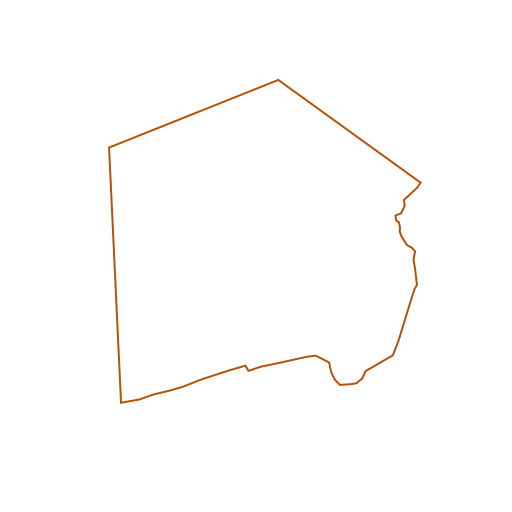 outline of Ngerang, Palau, rotated 68°
{"feature_id": "81905179B33808746946065", "entity_name": "Ngerang", "entity_type": "district", "adm_level": 2, "iso_a3": "PLW", "parent_name": "Palau", "parent_adm1": "", "projection": "albers", "projection_center": [134.637, 7.497], "detail": "fine", "context": "isolated", "style": "outline", "palette": "amber", "viewbox_px": 512, "rotation_deg": 68, "n_neighbors": 0, "source": "geoboundaries", "source_scale": "gbopen_adm2", "svg_char_len": 749}
<svg xmlns="http://www.w3.org/2000/svg" viewBox="0 0 512 512"><g transform="rotate(68 256 256)"><path d="M341.5,436.1L345.4,417.6L346.0,402.6L348.4,387.1L349.8,373.3L350.0,352.5L352.0,324.1L353.7,306.9L359.7,306.0L360.4,293.5L364.4,271.2L366.7,257.0L368.8,245.3L370.8,237.9L382.1,228.1L388.6,229.3L393.5,229.8L400.6,229.1L406.9,226.5L410.1,217.0L411.6,210.6L409.4,203.4L403.7,197.4L402.6,188.9L400.9,177.5L399.4,166.4L388.4,156.0L357.4,130.8L346.0,121.4L343.2,117.6L327.7,113.4L318.1,111.2L311.3,106.7L306.8,108.3L302.4,112.0L291.9,113.8L287.0,113.5L283.4,111.8L278.4,110.9L275.6,112.7L270.7,111.5L270.8,105.6L265.2,99.3L259.5,97.9L253.1,81.1L249.7,75.9L101.1,169.4L100.4,351.6L341.5,436.1Z" fill="none" stroke="#b45309" stroke-width="2"/></g></svg>